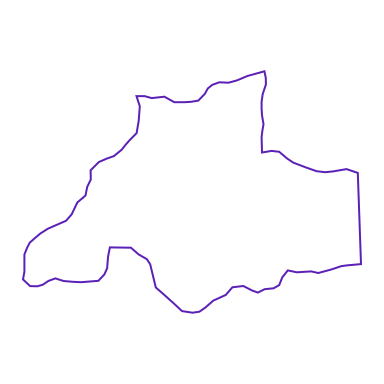 Santa Ernestina, São Paulo, Brazil
{"feature_id": "56859067B52620744668787", "entity_name": "Santa Ernestina", "entity_type": "district", "adm_level": 2, "iso_a3": "BRA", "parent_name": "Brazil", "parent_adm1": "São Paulo", "projection": "orthographic", "projection_center": [-48.379, -21.446], "detail": "fine", "context": "isolated", "style": "outline", "palette": "violet", "viewbox_px": 384, "rotation_deg": 0, "n_neighbors": 0, "source": "geoboundaries", "source_scale": "gbopen_adm2", "svg_char_len": 1345}
<svg xmlns="http://www.w3.org/2000/svg" viewBox="0 0 384 384"><path d="M361.0,264.1L357.8,172.9L346.5,169.1L333.2,171.4L325.2,172.2L316.6,171.2L305.5,167.3L293.4,162.7L287.5,158.8L279.2,151.8L271.6,150.9L262.0,152.5L261.6,137.2L262.3,131.2L263.5,124.2L262.0,115.2L261.6,108.9L261.6,101.8L262.7,94.1L265.9,84.5L265.8,78.0L264.4,71.3L247.4,76.0L237.0,80.4L228.5,82.7L219.2,82.3L212.2,84.9L207.8,88.5L204.8,93.9L198.3,100.6L191.1,101.8L184.5,102.2L174.3,102.2L164.4,96.7L151.7,98.1L144.5,96.1L136.5,96.1L139.8,106.3L138.7,120.9L136.6,133.1L129.8,140.0L125.3,145.1L121.8,149.6L113.9,156.1L106.3,158.8L98.9,162.0L90.6,170.3L90.8,179.5L87.2,186.9L85.5,195.5L77.3,202.5L71.7,214.3L66.0,220.8L57.3,224.6L47.9,228.7L40.5,233.4L35.1,237.9L29.8,242.6L27.1,247.8L24.4,254.5L24.4,262.4L24.4,271.9L23.0,279.4L30.1,286.1L37.3,286.3L42.8,284.7L48.5,280.9L55.4,278.4L63.6,281.0L72.8,281.8L81.2,282.2L98.4,280.8L104.3,274.5L107.1,268.4L108.1,256.4L109.9,247.4L130.9,247.7L138.6,254.4L146.9,259.2L150.2,264.3L155.8,287.5L163.3,294.0L174.3,303.9L182.0,311.1L192.6,312.7L199.4,311.7L205.3,307.6L213.3,300.6L225.8,294.9L232.4,287.3L243.3,286.0L252.1,290.5L257.9,292.6L264.6,289.2L273.6,288.3L279.2,285.1L282.2,277.5L287.8,270.4L296.7,272.3L311.2,271.4L318.3,273.0L331.6,269.4L341.1,266.2L346.7,265.4L361.0,264.1Z" fill="none" stroke="#5b21b6" stroke-width="2"/></svg>